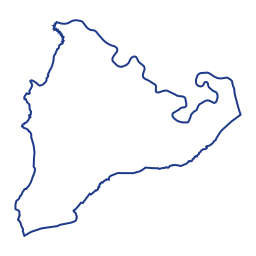 Chiang Khwan, Roi Et, Thailand
{"feature_id": "78962969B97176317903626", "entity_name": "Chiang Khwan", "entity_type": "district", "adm_level": 2, "iso_a3": "THA", "parent_name": "Thailand", "parent_adm1": "Roi Et", "projection": "albers", "projection_center": [103.728, 16.148], "detail": "fine", "context": "isolated", "style": "outline", "palette": "blue", "viewbox_px": 256, "rotation_deg": 0, "n_neighbors": 0, "source": "geoboundaries", "source_scale": "gbopen_adm2", "svg_char_len": 5591}
<svg xmlns="http://www.w3.org/2000/svg" viewBox="0 0 256 256"><path d="M33.8,174.4L32.7,176.8L32.6,177.4L30.9,182.1L28.9,185.7L27.6,187.3L26.9,187.8L26.5,188.8L24.7,189.1L24.3,189.3L24.1,190.2L22.7,191.8L22.1,193.4L20.9,195.6L19.8,196.5L19.7,197.2L19.0,198.7L17.7,199.9L17.0,200.4L16.2,201.4L15.5,204.3L15.4,207.8L15.5,209.0L15.8,209.3L18.9,210.8L19.4,212.0L19.3,213.3L19.6,214.1L19.5,214.9L19.7,215.7L19.2,216.0L18.9,217.6L18.1,219.0L18.1,219.9L18.6,220.4L19.1,220.5L19.9,222.0L20.3,222.3L21.7,226.8L23.1,229.2L23.1,229.6L22.8,230.4L22.8,231.4L23.3,232.2L23.9,234.8L24.4,235.8L29.6,232.7L32.1,231.5L41.9,228.3L57.4,226.1L60.0,224.8L70.3,222.8L72.5,222.2L74.7,221.3L75.8,220.5L76.2,219.8L76.3,218.7L76.7,218.1L76.5,217.7L76.8,216.5L76.2,215.1L75.9,213.5L75.0,212.5L74.3,211.5L73.8,211.5L73.6,210.5L75.5,209.3L79.5,204.7L80.8,202.8L81.3,202.6L82.9,203.0L84.0,201.3L89.7,193.7L91.0,194.5L95.8,190.3L96.3,190.5L96.7,190.5L97.3,189.7L98.1,189.1L98.3,188.8L98.1,187.9L98.4,187.1L99.4,186.8L99.3,185.6L99.8,184.0L100.3,184.0L101.6,182.2L101.9,182.2L102.7,182.6L104.5,180.6L106.0,180.1L106.1,179.6L106.7,179.3L108.8,179.7L109.0,178.1L109.7,176.5L112.2,175.2L117.4,173.2L119.0,173.0L121.7,173.1L133.4,173.1L139.6,171.4L141.2,170.6L144.0,168.8L145.1,167.8L145.9,167.6L152.1,168.1L158.3,168.3L158.8,168.8L159.2,168.9L163.2,167.9L164.5,168.0L166.1,167.2L166.7,167.5L167.1,167.4L168.0,167.8L169.0,167.2L169.5,166.4L170.0,166.0L171.2,165.6L171.7,165.7L172.1,165.3L173.1,165.0L173.7,165.2L175.1,164.9L179.2,165.6L179.9,166.0L181.5,165.8L183.3,164.9L185.1,164.3L187.1,163.3L188.9,161.1L189.4,161.0L189.8,161.4L190.4,161.2L191.3,161.2L191.8,160.9L192.0,160.7L192.7,159.1L193.0,158.8L193.8,158.6L194.1,157.8L194.9,157.2L195.1,156.4L195.7,156.2L196.4,156.5L196.9,156.5L197.2,155.5L199.0,153.9L199.2,152.7L200.5,151.9L201.2,150.6L203.3,149.2L204.5,149.2L206.5,148.5L206.8,148.2L206.8,147.2L206.2,146.7L206.5,146.3L207.1,146.5L207.6,146.0L209.5,145.6L212.6,143.3L214.2,141.0L215.6,140.1L216.7,137.7L220.4,131.9L222.4,129.7L231.3,121.6L240.6,114.7L238.2,107.3L235.2,95.9L234.6,93.2L234.2,88.8L232.9,85.5L231.9,80.9L229.8,79.0L227.0,77.6L225.1,77.8L221.9,78.4L219.4,78.4L217.3,78.0L213.8,76.4L211.2,74.5L208.7,73.0L207.8,72.7L205.7,72.7L200.7,73.1L199.6,73.5L198.7,74.1L197.3,75.8L196.1,79.4L195.9,81.6L196.2,83.3L196.6,84.3L197.5,85.3L198.6,86.0L200.2,86.4L200.9,86.4L202.2,86.0L203.2,85.2L204.4,82.8L204.9,82.2L205.9,82.0L207.0,82.2L207.8,83.2L208.3,85.9L208.9,87.3L213.2,91.0L215.7,92.0L216.5,92.7L217.1,93.7L217.5,95.1L217.6,97.5L216.7,100.5L216.2,101.6L215.7,102.3L215.0,102.7L214.3,102.9L213.4,102.7L210.8,101.4L208.6,100.5L207.1,100.4L205.4,100.8L199.5,104.3L198.4,105.7L197.0,109.2L196.6,110.0L193.6,111.9L191.9,113.7L191.1,114.8L190.5,117.1L188.4,122.0L187.4,122.4L183.3,122.4L181.3,122.2L179.0,121.5L176.6,120.4L173.9,118.2L172.6,116.3L172.4,114.9L172.7,113.7L173.1,113.1L179.3,109.4L180.1,108.5L181.2,107.8L181.8,107.6L184.7,107.2L186.0,106.4L186.4,105.4L186.3,103.2L185.8,101.5L185.6,99.3L184.8,97.6L183.8,96.9L182.9,96.5L179.1,96.1L176.9,95.6L175.7,94.8L167.5,90.8L166.3,90.5L165.3,90.5L162.4,91.2L159.0,92.4L157.2,92.4L156.4,92.1L155.8,91.2L156.0,86.0L155.3,84.7L151.9,82.7L149.3,80.9L145.0,78.8L143.6,77.7L143.1,76.8L142.9,76.0L143.0,74.1L144.6,69.2L144.5,67.6L143.7,66.0L138.7,61.9L138.3,61.2L137.0,58.3L136.0,56.9L134.7,56.5L133.6,56.6L132.9,56.9L131.5,57.7L130.4,59.2L128.6,63.0L126.5,64.9L124.0,66.0L122.0,66.7L120.9,66.8L118.5,66.3L117.0,65.4L113.4,61.9L112.8,61.1L112.4,60.0L112.4,59.1L112.7,57.7L113.7,56.0L117.1,51.4L117.3,49.4L117.0,48.3L115.7,47.0L114.4,46.3L111.4,45.4L108.8,44.2L106.0,42.5L103.6,40.4L97.9,34.0L96.4,31.9L95.1,30.9L93.2,30.2L90.9,30.0L90.0,29.7L88.0,28.5L86.2,26.7L83.0,22.4L82.0,21.5L80.7,21.0L76.5,20.2L73.9,20.5L72.4,20.8L68.2,23.1L66.7,23.5L64.4,23.8L61.1,23.5L56.6,22.1L56.2,23.3L55.2,23.4L54.8,23.9L54.6,24.5L55.0,24.9L54.7,25.2L54.8,25.6L54.0,25.8L54.7,26.1L54.6,26.5L54.2,26.6L54.1,27.3L54.5,27.9L53.9,27.9L53.6,28.7L54.2,28.9L54.3,29.5L54.8,29.0L55.3,29.5L55.5,29.9L56.2,29.8L56.5,29.3L56.8,29.8L57.9,29.8L57.9,30.5L57.7,30.6L57.2,30.3L57.2,31.0L58.1,31.3L58.9,32.0L59.3,31.5L60.0,31.9L60.0,32.3L59.3,32.8L60.7,33.1L60.5,33.8L60.6,34.9L60.9,35.0L61.4,34.6L61.6,34.6L61.3,35.1L61.8,35.3L61.8,35.8L62.2,36.0L62.1,36.7L62.2,36.9L63.5,36.8L63.6,37.2L63.5,37.5L62.7,37.4L62.5,37.6L62.9,39.1L62.6,39.7L63.7,40.6L63.5,41.0L62.9,40.9L62.7,41.4L62.1,41.6L62.3,42.3L62.8,42.6L62.9,42.9L61.9,43.9L60.7,44.1L60.0,44.9L59.3,45.3L58.6,48.4L58.0,48.9L57.1,49.2L56.6,50.8L55.8,52.4L55.6,53.3L54.0,55.9L53.7,57.5L53.5,60.7L52.3,65.2L51.6,66.9L51.3,67.9L50.5,69.3L49.9,69.9L49.2,71.9L48.0,74.1L48.3,75.2L47.9,75.7L48.1,76.1L48.0,76.8L46.5,78.3L46.6,80.1L45.5,82.1L43.1,84.4L41.8,85.0L40.3,85.5L39.6,85.6L38.8,85.2L36.5,83.0L33.2,80.9L31.7,80.3L31.1,80.4L30.5,80.8L30.3,81.2L30.3,81.5L31.7,83.5L32.1,85.6L31.8,86.7L30.6,89.0L29.4,90.9L29.4,91.6L29.8,92.7L29.7,93.2L29.3,93.8L28.6,94.0L28.1,93.9L27.1,93.3L26.4,93.5L25.9,94.6L24.6,96.3L24.2,97.9L24.5,99.2L25.5,98.9L25.7,99.0L27.2,102.4L29.4,104.5L29.6,108.5L30.2,110.4L30.9,111.3L31.1,112.0L30.8,113.0L30.8,114.5L30.2,115.0L29.4,115.0L29.0,115.6L29.3,116.5L29.6,116.8L30.3,116.9L30.4,117.3L29.0,118.5L28.3,120.2L26.3,122.5L25.9,122.7L24.4,123.1L24.0,124.2L22.7,124.5L21.9,126.2L22.1,126.6L23.2,126.9L23.9,128.0L26.4,128.7L27.0,129.2L27.5,129.4L28.3,130.2L28.3,130.8L29.0,131.4L29.6,131.5L30.9,133.5L31.3,134.7L31.2,135.3L31.4,138.2L31.9,139.2L32.6,142.1L33.0,142.8L33.8,146.6L34.5,152.6L33.9,159.2L33.8,164.4L33.6,166.4L33.6,166.7L34.8,168.2L35.0,168.9L34.7,171.8L33.8,174.4Z" fill="none" stroke="#1e3a8a" stroke-width="2"/></svg>